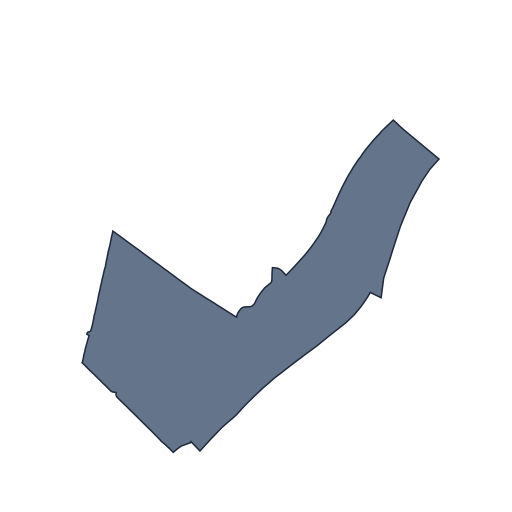 Hardinxveld-Giessendam, Zuid-Holland, Netherlands (Mercator projection), rotated 317°
{"feature_id": "6326949B10391839507344", "entity_name": "Hardinxveld-Giessendam", "entity_type": "district", "adm_level": 2, "iso_a3": "NLD", "parent_name": "Netherlands", "parent_adm1": "Zuid-Holland", "projection": "mercator", "projection_center": [4.846, 51.839], "detail": "fine", "context": "isolated", "style": "filled", "palette": "slate", "viewbox_px": 512, "rotation_deg": 317, "n_neighbors": 0, "source": "geoboundaries", "source_scale": "gbopen_adm2", "svg_char_len": 5870}
<svg xmlns="http://www.w3.org/2000/svg" viewBox="0 0 512 512"><g transform="rotate(317 256 256)"><path d="M319.0,371.9L325.9,366.2L334.4,359.2L338.7,356.8L350.6,350.3L360.9,344.4L369.0,339.9L381.9,332.8L388.3,329.8L396.2,326.2L405.1,322.1L410.2,320.4L414.9,318.8L417.0,318.2L428.8,314.3L432.1,313.5L442.2,311.2L447.1,310.7L452.9,310.2L456.0,309.9L455.6,307.0L454.7,299.8L451.9,278.0L450.8,269.2L450.1,263.7L449.9,261.4L449.6,257.5L449.6,256.2L449.1,250.2L447.7,250.2L437.7,250.3L434.3,250.4L431.3,250.5L431.0,250.8L428.7,250.9L427.1,251.0L426.8,250.9L420.2,251.5L418.7,251.7L413.7,252.3L408.7,253.0L406.9,253.3L402.7,254.1L402.5,254.3L400.6,254.7L398.7,255.1L398.3,255.0L396.1,255.4L392.3,256.3L391.1,256.6L387.1,257.6L384.8,258.3L380.5,259.5L378.8,260.0L377.2,260.5L375.6,261.0L370.5,262.8L369.0,263.3L367.7,263.8L364.7,264.9L360.8,266.4L357.9,267.6L356.2,268.3L349.9,271.0L347.8,271.9L344.7,273.2L342.2,274.1L340.9,274.6L340.7,275.1L338.8,275.9L337.5,276.0L336.3,276.2L334.9,276.5L334.4,276.7L333.9,276.8L333.0,277.3L331.7,278.0L330.7,278.9L327.7,280.1L327.0,280.4L324.3,281.4L323.0,281.9L321.8,282.3L319.1,283.2L318.4,283.4L313.1,284.9L312.1,285.0L307.0,286.2L302.8,287.0L301.7,287.2L297.1,287.9L293.8,288.4L293.0,288.5L282.7,289.4L276.3,289.9L264.9,290.6L264.8,284.0L264.8,283.8L263.8,280.2L263.5,279.8L261.2,276.8L260.1,275.7L257.9,277.7L255.2,280.3L252.3,283.3L251.7,283.9L251.3,284.3L250.9,284.6L250.0,285.3L249.5,285.5L249.0,285.7L248.6,285.7L248.1,285.7L247.0,285.6L245.5,285.5L244.3,285.5L243.0,285.4L241.6,285.3L240.8,285.2L239.4,285.4L238.0,285.6L236.5,285.8L234.9,286.0L229.3,287.3L228.5,287.5L226.0,288.4L224.3,289.1L223.0,289.6L222.0,289.8L221.0,289.9L219.9,289.9L219.1,289.9L218.4,289.7L217.6,289.3L217.1,289.0L216.5,288.5L215.6,287.8L214.4,286.7L213.3,285.8L212.6,285.3L212.1,285.0L211.2,284.6L210.4,284.4L209.6,284.3L208.7,284.3L208.0,284.4L207.4,284.5L206.4,284.7L205.1,285.0L204.1,285.2L203.3,285.6L202.3,286.0L200.2,287.4L199.9,286.3L199.3,285.5L199.3,285.1L199.1,284.3L198.7,282.5L198.6,282.1L198.1,280.4L197.4,278.0L197.4,277.7L197.3,277.4L197.2,276.9L195.7,271.2L195.3,269.7L194.9,268.1L194.3,266.1L193.4,262.2L192.0,257.0L190.5,251.6L189.2,246.4L187.6,240.6L187.4,239.9L187.3,239.6L187.2,239.3L187.2,238.9L187.0,238.2L186.5,236.1L186.4,235.7L186.2,235.0L186.1,234.2L185.9,233.4L185.3,229.7L185.1,229.0L185.0,228.1L184.8,227.4L184.7,226.8L184.6,226.5L184.6,226.1L184.2,224.4L184.1,223.7L183.9,222.9L183.8,222.1L183.6,221.0L183.0,218.2L182.9,217.6L182.8,216.3L182.7,216.1L182.7,215.9L182.6,215.6L182.4,214.5L182.1,213.0L181.8,211.4L181.3,208.7L181.2,208.1L181.1,207.1L180.9,206.2L180.7,205.0L180.5,204.5L179.7,200.2L179.6,199.7L179.5,198.9L179.1,196.6L178.4,193.1L178.3,192.8L178.3,192.5L178.2,192.0L178.1,191.6L178.0,191.2L177.1,186.6L175.7,178.9L174.9,174.6L174.7,173.4L173.7,168.3L172.3,161.1L171.5,156.8L170.2,149.7L168.3,140.1L167.6,140.6L167.1,141.0L166.0,141.8L165.5,142.1L162.5,144.1L156.7,148.3L156.4,148.5L152.5,151.0L152.1,151.3L151.4,151.7L151.1,151.9L150.7,152.1L149.8,152.8L149.0,153.4L148.7,153.6L148.1,154.0L147.2,154.7L146.0,155.6L144.7,156.5L143.7,157.2L143.3,157.4L142.1,158.4L141.3,159.0L140.9,159.3L140.7,159.4L140.4,159.6L140.1,159.8L139.0,160.8L138.8,160.9L138.0,161.4L137.2,161.8L136.3,162.3L136.0,162.5L134.9,163.3L134.7,163.4L133.4,164.2L131.0,165.9L129.8,166.7L129.7,166.8L128.6,167.4L128.4,167.5L127.4,168.2L126.7,168.7L126.5,168.9L124.1,170.6L123.8,170.7L123.6,170.9L123.1,171.2L121.3,172.4L119.6,173.7L119.1,174.1L118.7,174.3L118.4,174.5L117.9,174.9L117.2,175.3L116.1,176.0L114.5,177.1L111.8,179.1L110.7,180.0L109.8,180.5L108.5,181.5L108.2,181.8L107.9,181.9L106.8,182.6L105.5,183.5L103.7,184.8L101.6,186.2L101.1,186.5L100.0,187.4L99.8,187.6L98.7,188.2L98.5,188.4L97.7,188.7L97.0,189.2L96.7,189.4L96.2,189.8L95.8,190.2L95.5,190.4L94.7,191.1L94.2,191.5L93.5,191.8L93.3,192.0L91.5,193.3L89.9,194.5L88.8,195.1L87.9,195.7L86.6,196.5L86.0,196.9L84.8,197.6L84.2,198.0L83.9,198.1L83.7,198.1L80.7,196.9L78.9,197.9L79.7,200.3L78.7,200.9L78.0,201.3L77.3,201.7L74.6,203.3L73.0,204.4L72.5,204.7L71.7,205.1L69.0,206.8L68.7,206.9L67.4,207.8L66.8,208.2L66.6,208.4L65.7,209.0L65.3,209.3L62.5,211.0L62.1,211.3L61.8,211.6L57.4,214.8L56.4,215.3L56.0,215.4L56.1,216.8L56.3,220.5L56.3,222.2L56.4,225.2L56.5,227.1L56.6,227.9L56.5,228.4L56.6,228.7L56.6,230.0L56.7,230.6L56.7,231.0L56.8,231.5L56.8,232.2L56.9,232.6L56.9,233.1L56.9,233.6L56.8,233.8L56.9,234.4L56.9,234.9L57.0,235.4L57.0,236.3L57.0,236.8L57.2,240.4L57.3,244.0L57.3,244.9L57.4,246.3L57.7,253.7L57.7,255.8L57.8,256.0L57.9,256.3L58.0,256.6L58.1,257.0L58.2,257.3L58.4,257.6L59.8,259.5L60.0,259.7L60.1,259.8L60.3,259.8L60.3,261.0L60.2,261.1L59.9,261.2L59.5,261.5L59.3,261.7L59.1,261.9L58.7,262.4L58.6,262.6L58.5,262.8L58.3,263.3L58.2,263.8L58.1,264.1L58.1,264.4L58.1,265.4L58.2,267.9L58.3,270.6L58.4,272.2L58.5,274.4L58.7,276.9L58.7,277.6L58.8,281.1L58.9,283.5L58.9,284.1L58.9,284.6L59.0,286.1L59.2,289.9L59.4,294.2L59.6,300.3L59.7,302.8L59.7,303.0L59.8,304.1L60.0,309.8L60.1,310.9L60.2,313.7L60.3,317.8L60.4,320.5L60.4,321.6L60.4,327.6L60.5,328.1L60.5,328.6L60.6,329.0L60.8,329.8L60.8,330.3L60.8,330.8L60.9,331.4L61.0,331.9L61.1,333.0L61.2,333.7L61.1,334.1L61.2,336.7L61.5,336.7L61.5,343.2L66.2,343.4L71.5,344.0L73.1,344.6L80.8,347.9L81.1,347.7L81.9,347.4L82.0,360.4L86.7,360.0L98.0,359.1L110.2,358.4L114.2,358.2L115.5,358.2L123.5,358.5L128.2,358.7L133.6,358.8L145.0,357.8L158.6,357.4L171.5,357.3L177.8,357.6L185.1,357.8L185.8,357.8L197.1,358.9L199.4,359.1L199.8,359.1L213.8,360.4L215.2,360.6L225.0,361.6L226.6,361.8L227.4,361.9L229.8,362.2L239.6,363.3L248.7,363.9L251.4,364.1L254.8,364.3L265.3,365.2L269.2,365.5L272.7,365.8L275.6,366.1L287.4,366.0L291.0,365.6L293.4,365.3L294.8,365.1L298.3,364.6L300.3,364.2L302.5,363.8L304.5,363.3L306.5,362.9L307.4,362.7L308.8,362.3L310.0,362.0L314.7,360.6L317.7,368.4L319.0,371.9Z" fill="#64748b" stroke="#1e293b" stroke-width="1.5"/></g></svg>